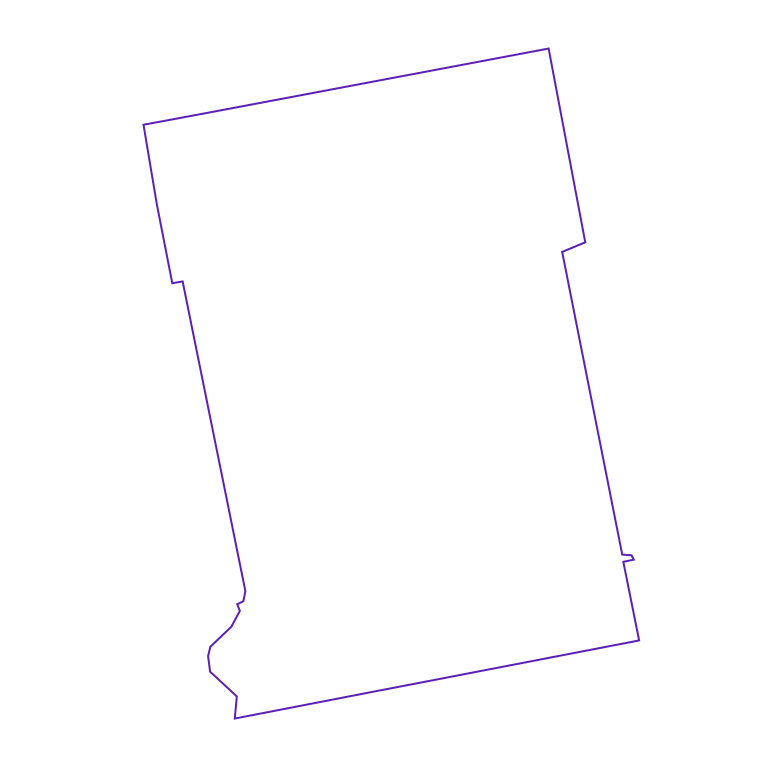 the district of Crow Wing, Minnesota, United States of America, rotated 349°
{"feature_id": "52423323B96229669667129", "entity_name": "Crow Wing", "entity_type": "district", "adm_level": 2, "iso_a3": "USA", "parent_name": "United States of America", "parent_adm1": "Minnesota", "projection": "natural_earth1", "projection_center": [-94.145, 46.481], "detail": "fine", "context": "isolated", "style": "outline", "palette": "violet", "viewbox_px": 768, "rotation_deg": 349, "n_neighbors": 0, "source": "geoboundaries", "source_scale": "gbopen_adm2", "svg_char_len": 462}
<svg xmlns="http://www.w3.org/2000/svg" viewBox="0 0 768 768"><g transform="rotate(349 384 384)"><path d="M609.6,86.1L243.1,84.0L197.4,83.6L195.3,164.1L195.4,244.7L205.9,244.9L208.4,560.9L204.5,570.4L197.9,572.2L199.2,579.2L187.9,593.1L163.4,608.8L159.4,617.5L158.4,633.2L179.9,662.6L173.7,683.9L309.6,684.0L585.5,684.4L585.0,604.2L595.7,604.1L594.3,599.4L585.3,596.9L584.1,288.3L608.6,283.3L609.6,86.1Z" fill="none" stroke="#5b21b6" stroke-width="2"/></g></svg>